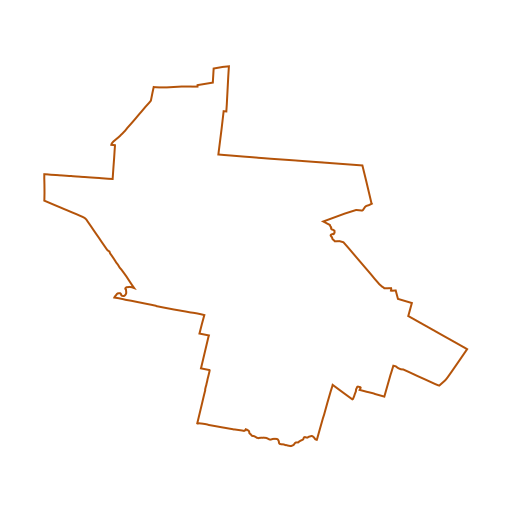 the district of Slobozia Ciorasti, Vrancea, Romania, rotated 183°
{"feature_id": "2599482B76113963406220", "entity_name": "Slobozia Ciorasti", "entity_type": "district", "adm_level": 2, "iso_a3": "ROU", "parent_name": "Romania", "parent_adm1": "Vrancea", "projection": "robinson", "projection_center": [27.208, 45.598], "detail": "fine", "context": "isolated", "style": "outline", "palette": "amber", "viewbox_px": 512, "rotation_deg": 183, "n_neighbors": 0, "source": "geoboundaries", "source_scale": "gbopen_adm2", "svg_char_len": 5985}
<svg xmlns="http://www.w3.org/2000/svg" viewBox="0 0 512 512"><g transform="rotate(183 256 256)"><path d="M367.0,419.4L368.0,413.2L368.5,409.7L369.1,405.7L369.6,404.9L370.9,403.2L374.2,399.2L375.6,397.3L378.1,394.0L379.7,392.0L383.0,387.6L386.3,383.3L390.3,378.3L391.2,377.2L391.8,376.3L392.6,375.2L393.2,374.3L394.2,373.2L395.9,371.2L397.2,369.9L397.9,369.0L399.7,367.2L401.8,365.3L403.8,363.4L404.1,363.2L404.8,362.4L406.0,360.7L406.1,360.1L406.3,359.5L406.3,359.4L405.5,359.4L402.7,359.3L402.6,358.5L402.7,354.8L402.8,346.4L403.0,337.1L403.2,325.4L407.6,325.4L415.1,325.6L416.8,325.7L419.1,325.7L426.8,325.8L430.6,325.9L431.3,325.9L434.2,325.9L436.8,326.0L438.7,326.0L443.7,326.1L444.3,326.2L445.1,326.2L446.2,326.1L449.6,326.2L454.0,326.3L456.2,326.3L458.7,326.4L462.6,326.4L465.1,326.4L468.7,326.6L471.7,326.6L471.7,326.3L471.6,324.9L471.5,322.4L471.3,320.0L471.0,316.0L470.7,311.1L470.5,307.6L470.3,301.7L470.3,300.2L461.3,296.9L457.7,295.6L453.2,294.0L450.0,292.8L447.1,291.8L442.2,290.0L437.3,288.3L434.2,287.1L432.3,286.4L431.0,285.9L429.3,285.1L428.7,284.7L427.3,283.5L425.9,281.6L422.1,276.7L419.7,273.5L416.7,269.6L413.8,265.9L410.9,262.0L409.5,260.2L405.1,254.5L404.2,253.7L402.6,252.8L401.8,250.9L400.4,249.2L398.2,246.3L396.1,243.4L395.3,242.2L393.7,240.4L393.1,239.6L391.5,237.2L390.7,236.4L389.8,235.5L386.6,231.6L384.2,228.6L381.1,224.3L378.5,220.8L376.0,217.6L378.3,218.3L380.6,218.5L381.4,218.4L382.1,218.2L383.4,218.1L384.1,217.7L384.6,217.2L384.8,216.7L384.7,216.2L384.1,215.7L383.7,213.1L383.7,211.9L384.1,210.9L384.6,210.1L385.4,209.3L386.2,209.1L387.3,209.2L388.0,209.4L388.6,210.0L388.8,210.8L389.1,211.2L389.7,211.7L390.4,211.7L391.1,211.5L391.7,211.6L392.4,211.2L392.9,210.8L393.3,210.1L394.4,208.7L395.1,207.6L395.3,207.1L390.6,206.6L386.2,205.9L383.8,205.4L378.3,204.8L371.1,203.7L368.9,203.4L365.6,202.9L361.5,202.3L357.9,201.8L355.5,201.4L353.5,201.1L353.1,200.9L352.9,200.8L352.7,200.7L350.4,200.4L348.4,200.1L344.9,199.6L339.0,198.8L335.4,198.3L329.4,197.6L327.0,197.3L323.5,196.9L318.6,196.2L315.5,196.0L312.0,195.6L308.2,195.0L304.5,194.3L306.4,185.6L308.4,175.6L307.7,175.5L307.1,175.4L298.9,174.2L299.4,172.0L304.8,142.3L305.0,141.5L305.1,140.9L298.2,139.9L296.5,139.7L296.3,139.3L296.4,138.6L296.5,137.9L297.0,135.2L297.4,133.1L297.7,131.7L298.0,130.0L298.2,128.5L298.7,125.9L298.9,124.5L299.3,122.9L299.8,120.2L299.7,119.7L299.7,119.2L300.7,114.1L301.5,109.7L302.4,104.7L305.9,85.8L305.3,85.6L304.0,86.0L303.3,85.9L301.0,85.8L297.8,85.5L295.8,85.2L294.4,84.8L287.1,83.9L280.9,83.1L278.2,82.8L273.4,82.2L270.7,81.9L269.0,81.6L268.1,81.7L267.5,81.6L265.2,81.4L260.7,81.0L258.8,80.7L258.1,81.3L257.7,81.4L257.3,81.4L257.1,82.4L256.0,82.1L254.8,81.4L254.1,81.0L253.7,80.3L253.5,79.7L253.4,78.9L252.9,78.3L252.0,77.7L250.7,76.3L249.9,76.1L249.1,76.1L248.6,76.0L247.8,75.7L246.4,75.0L245.6,74.5L244.6,74.4L244.1,74.2L243.6,74.3L242.9,74.6L242.2,74.6L241.6,74.8L241.0,74.8L240.1,74.8L238.8,75.0L237.7,74.9L236.6,74.9L235.9,74.7L234.9,74.4L234.0,73.9L232.9,73.5L232.4,73.4L231.9,73.4L231.5,73.5L230.4,73.9L229.9,74.1L228.8,74.3L227.7,74.4L226.0,74.4L225.1,74.2L224.7,74.0L224.3,73.5L223.9,72.9L223.6,72.3L223.5,72.0L223.4,71.3L223.3,70.9L223.1,70.3L222.6,69.7L222.1,69.5L221.3,69.4L220.8,69.3L220.2,69.3L219.6,69.3L218.7,69.3L217.9,69.1L217.3,68.9L216.7,68.7L216.1,68.7L215.6,68.7L214.5,68.4L212.4,68.1L211.9,68.1L211.4,68.0L210.9,68.1L210.4,68.3L209.9,68.6L209.4,68.8L209.1,69.0L208.6,69.3L208.3,69.6L207.9,70.3L207.2,71.3L206.8,71.6L206.5,71.8L206.3,71.9L205.9,71.9L205.2,72.0L204.5,72.0L204.3,72.0L204.0,72.1L203.8,72.3L203.2,73.0L202.6,73.4L202.1,73.7L201.7,74.0L201.2,74.2L200.3,74.7L199.6,75.1L199.3,75.4L199.1,75.8L198.9,76.6L198.6,77.3L198.2,77.6L197.8,77.7L197.4,77.7L196.9,77.5L196.5,77.4L195.9,77.4L195.5,77.3L195.0,77.4L194.6,77.7L194.1,78.1L193.7,78.3L193.3,78.4L192.2,78.8L191.3,79.1L190.8,79.2L189.7,78.7L188.9,78.1L188.0,77.1L187.2,76.1L186.4,75.8L185.7,75.6L185.4,76.6L185.2,77.4L183.3,85.9L180.6,97.8L180.5,98.1L179.7,101.1L176.9,113.8L176.1,117.2L174.3,124.9L173.1,129.4L172.7,131.3L161.5,123.9L152.3,117.9L151.7,118.3L150.7,121.0L150.1,123.3L149.5,125.1L149.2,126.0L149.1,126.5L149.2,127.2L149.0,128.3L148.4,129.6L148.3,130.1L148.0,130.6L147.8,130.8L147.4,130.9L146.8,130.8L146.0,130.6L145.7,130.6L144.9,130.4L144.6,129.9L145.5,127.7L140.2,126.6L138.4,126.2L136.5,125.9L132.2,125.1L130.6,124.7L130.3,124.5L120.5,122.3L115.5,144.2L114.8,146.8L113.1,153.6L111.6,153.3L110.6,153.1L109.6,152.4L108.6,151.7L107.0,151.0L105.5,150.5L104.3,150.4L103.4,150.4L103.0,150.4L101.5,149.8L97.6,148.3L88.5,144.6L80.7,141.6L73.9,138.9L70.4,137.5L67.5,136.5L66.2,136.2L61.1,141.2L60.2,142.2L59.3,143.4L58.2,145.0L54.6,150.7L48.0,161.4L40.3,174.0L41.0,174.4L100.8,204.0L97.9,217.2L112.0,220.6L114.7,228.9L118.5,228.4L119.4,228.5L119.2,229.9L119.4,230.9L126.2,230.5L127.1,231.3L128.2,231.8L131.4,234.3L133.1,236.1L136.5,239.6L140.6,244.1L146.7,250.5L156.4,260.7L162.8,267.5L164.8,269.6L169.4,274.3L173.3,275.2L178.0,274.8L179.2,275.9L179.5,276.2L179.9,276.4L180.3,276.7L180.6,277.2L180.8,277.7L181.0,278.5L181.3,278.9L181.9,279.4L182.5,280.3L182.5,280.7L182.3,281.1L181.7,281.5L180.4,282.0L179.9,281.8L179.6,281.9L179.5,282.5L179.2,282.8L178.8,283.3L178.8,284.0L178.9,284.8L179.0,285.4L180.7,286.3L181.7,286.5L182.1,286.8L182.4,287.3L182.5,287.9L182.4,288.4L182.6,288.8L183.2,289.3L183.8,290.8L190.6,294.0L169.6,303.0L158.4,307.2L153.8,307.0L152.6,306.9L152.1,307.1L151.6,307.5L150.7,309.0L149.6,310.8L148.7,311.6L147.6,312.1L146.7,312.4L145.9,312.7L143.1,314.3L143.5,314.9L149.7,336.1L154.5,352.0L187.0,352.7L215.0,353.3L228.3,353.6L247.2,353.9L253.7,354.1L259.1,354.2L260.1,354.3L266.8,354.5L272.4,354.6L275.6,354.7L285.7,355.0L289.4,355.1L293.4,355.2L298.9,355.4L297.0,381.4L295.9,398.9L293.2,398.8L293.1,405.6L293.1,408.7L293.1,419.1L293.1,433.4L293.0,444.0L295.6,443.6L299.0,443.1L308.1,441.0L308.2,426.9L323.3,423.6L323.3,422.1L338.6,421.4L353.9,419.7L361.5,419.3L366.1,419.3L367.0,419.4Z" fill="none" stroke="#b45309" stroke-width="2"/></g></svg>